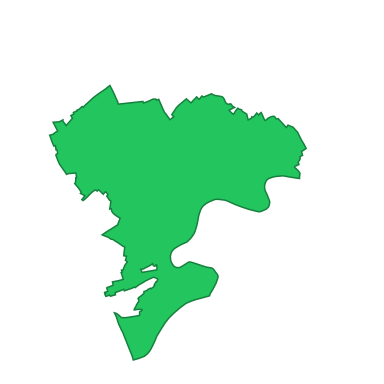 outline of Tien Lu, Thái Bình, Vietnam, rotated 336°
{"feature_id": "81297802B93646092032264", "entity_name": "Tien Lu", "entity_type": "district", "adm_level": 2, "iso_a3": "VNM", "parent_name": "Vietnam", "parent_adm1": "Thái Bình", "projection": "orthographic", "projection_center": [106.119, 20.668], "detail": "fine", "context": "isolated", "style": "filled", "palette": "green", "viewbox_px": 384, "rotation_deg": 336, "n_neighbors": 0, "source": "geoboundaries", "source_scale": "gbopen_adm2", "svg_char_len": 5962}
<svg xmlns="http://www.w3.org/2000/svg" viewBox="0 0 384 384"><g transform="rotate(336 192 192)"><path d="M122.5,70.5L120.2,70.5L120.1,71.2L116.0,71.1L115.8,72.6L112.4,72.9L112.7,76.1L104.0,80.1L103.5,77.2L103.0,75.4L103.0,74.4L103.4,73.6L99.4,73.9L93.5,71.8L93.8,77.4L94.1,81.5L92.0,81.9L89.3,82.5L88.2,82.7L85.1,82.2L84.5,90.3L84.5,93.9L86.1,94.1L85.6,95.8L84.9,98.2L85.8,98.5L85.3,101.0L84.7,102.4L83.3,102.3L82.9,103.0L82.6,103.0L82.3,108.8L82.3,112.9L84.2,122.4L84.6,124.9L85.5,124.8L87.0,125.1L93.6,127.4L93.2,129.2L92.5,131.8L91.7,131.6L90.9,133.3L89.5,135.7L89.3,136.0L88.8,136.4L88.3,136.5L90.0,142.6L90.7,146.9L90.7,147.2L89.5,147.9L92.6,151.7L89.8,153.4L88.3,154.1L88.9,155.5L90.0,155.3L92.8,154.5L95.2,153.6L97.0,152.8L99.2,152.0L101.2,151.4L102.7,151.0L104.0,150.9L104.5,150.9L104.9,151.1L105.7,152.6L107.4,151.9L108.2,153.4L110.0,158.0L112.2,156.9L113.2,156.7L113.6,157.8L113.9,158.9L114.1,160.4L114.0,160.5L112.6,160.9L112.5,161.0L112.5,161.5L112.6,162.3L113.0,164.1L113.2,165.4L113.3,165.8L113.7,166.4L114.2,167.2L113.0,169.3L109.9,174.1L110.9,174.2L111.5,174.4L111.0,176.0L110.9,177.1L111.1,178.4L111.4,179.4L112.0,180.9L112.8,182.3L113.8,184.0L115.7,186.7L110.6,191.8L97.8,193.6L92.5,194.6L94.8,197.1L97.0,199.2L97.7,200.1L98.4,201.6L98.8,202.1L100.8,203.5L101.2,204.6L103.8,208.3L107.0,213.7L108.2,214.9L105.1,220.0L103.7,222.5L106.0,224.0L104.8,225.7L103.4,227.3L104.5,229.7L102.0,230.9L100.7,231.7L99.5,232.9L97.6,234.9L97.5,235.1L95.8,234.7L95.6,236.8L94.5,236.8L93.7,243.8L90.6,243.4L88.2,243.0L82.8,241.7L82.1,245.1L75.7,244.8L75.1,244.9L74.6,248.6L73.5,248.5L71.3,248.1L71.2,248.2L71.7,249.6L70.8,249.8L70.9,252.4L71.9,252.5L74.9,252.6L75.0,254.0L80.3,254.8L80.8,252.7L86.9,253.1L90.0,253.1L89.9,253.7L90.0,254.8L95.2,255.2L96.1,255.4L97.6,255.5L100.9,255.5L101.4,256.3L102.7,255.9L106.0,255.2L111.4,254.7L112.5,254.4L116.8,254.2L122.3,254.2L124.7,256.7L125.4,257.7L123.1,259.8L122.7,259.4L122.5,259.5L119.5,261.6L119.5,262.0L119.7,262.4L119.4,262.6L117.6,263.2L115.3,263.7L115.0,263.0L111.9,263.1L110.6,263.7L107.6,263.4L106.9,265.0L106.2,265.3L103.4,266.1L101.2,266.6L100.4,266.8L100.2,267.0L99.3,267.5L99.5,268.1L99.5,268.6L99.3,269.5L98.9,270.1L97.3,271.3L95.6,272.3L95.0,272.8L94.5,273.6L94.0,273.8L91.7,275.4L91.6,275.6L91.3,276.3L94.4,277.1L96.0,277.7L98.5,279.1L97.7,279.9L97.5,280.1L95.7,280.1L95.3,280.3L94.1,283.1L94.0,283.3L93.5,283.3L90.7,282.7L87.9,281.9L82.1,280.4L79.1,279.3L77.1,278.3L76.3,277.8L75.9,277.0L75.5,275.7L74.6,273.8L73.3,271.9L72.0,270.8L72.1,275.3L71.3,282.6L71.4,289.3L71.6,290.6L71.6,292.3L71.0,307.0L70.6,317.6L70.0,321.6L75.8,322.4L81.8,322.7L85.8,321.6L87.5,320.7L89.7,319.4L93.2,316.7L97.8,312.7L101.2,309.4L109.2,303.9L114.7,300.3L119.7,297.7L125.8,295.4L134.1,292.9L140.8,291.4L143.3,291.3L147.3,291.4L152.2,291.9L165.7,294.0L167.3,292.3L171.2,289.6L176.9,285.1L180.6,281.1L181.5,279.7L181.7,278.6L181.6,277.6L180.2,271.3L179.9,270.5L179.4,269.8L178.6,269.1L174.4,266.3L171.5,263.7L164.6,257.4L161.8,255.1L161.0,254.8L160.0,254.7L154.2,255.6L150.9,256.0L149.5,255.8L148.3,255.3L146.9,254.5L145.9,253.4L145.4,252.5L144.9,250.9L144.5,247.9L144.8,245.6L145.9,242.3L147.2,240.3L148.4,239.0L149.9,237.9L151.7,237.0L153.4,236.5L158.2,235.8L162.3,235.6L166.5,235.7L168.1,235.3L171.7,233.9L174.1,232.7L177.4,230.5L179.4,228.5L182.9,224.4L185.3,221.1L188.4,216.5L191.4,213.1L192.8,211.6L195.0,210.1L196.0,209.5L197.0,209.1L200.2,208.3L203.4,208.0L207.3,208.0L209.5,208.1L210.4,208.3L211.8,208.8L213.6,209.7L216.4,211.4L218.7,212.8L220.6,214.6L222.2,216.3L226.0,220.6L230.7,225.3L236.2,230.4L237.5,231.5L241.9,234.9L242.2,235.2L244.6,237.0L245.6,237.5L246.9,237.8L252.5,237.9L253.6,237.6L255.7,236.8L256.2,236.5L257.9,234.5L258.9,232.9L259.2,231.4L259.3,230.0L259.5,224.8L259.4,221.2L259.6,219.2L260.1,217.5L261.0,215.6L261.7,214.6L263.3,212.9L264.1,212.2L265.7,211.3L267.0,211.0L268.3,211.0L271.2,211.2L273.3,211.5L274.9,211.9L281.0,214.0L282.0,214.5L283.6,215.5L288.3,218.7L295.7,223.4L296.4,221.9L298.2,218.9L298.2,218.4L298.0,217.0L297.5,215.2L295.8,211.2L296.1,210.6L296.5,210.4L297.3,210.3L297.9,210.5L298.4,210.5L299.2,210.1L299.5,210.1L300.3,210.6L300.5,210.6L300.7,210.4L301.1,209.8L301.1,208.1L301.2,207.9L301.7,207.5L303.2,206.7L304.0,206.0L304.3,205.6L305.2,203.5L307.9,203.5L308.5,199.6L314.0,198.7L313.8,194.2L313.1,189.2L312.8,180.6L310.7,174.0L306.9,169.9L304.4,171.5L300.5,159.9L299.7,159.8L298.8,159.5L298.5,159.1L298.2,156.9L297.7,156.2L297.2,155.9L295.3,155.5L294.0,155.4L291.5,155.5L289.0,156.4L287.9,156.4L287.6,155.3L287.6,149.4L287.5,147.5L285.9,147.9L284.2,148.8L283.3,146.2L280.7,147.6L278.6,148.4L277.9,148.5L277.2,147.6L276.1,148.8L272.6,149.0L273.2,145.6L273.7,143.1L271.0,139.1L270.7,138.5L270.7,137.3L270.6,136.8L269.0,135.8L268.8,135.5L268.0,134.1L267.1,134.4L264.9,135.6L263.7,136.4L261.6,137.9L260.4,135.9L259.5,133.7L259.1,132.4L263.0,132.1L265.3,132.1L264.6,131.0L263.8,129.9L263.7,128.7L263.6,127.9L263.1,127.2L262.4,126.9L261.8,126.8L261.1,127.0L259.8,125.5L259.2,124.4L259.1,123.6L259.2,120.5L258.9,118.6L258.4,117.4L257.4,116.5L256.8,116.1L252.7,113.5L250.6,111.5L249.7,110.1L248.7,110.2L242.2,110.0L241.4,110.1L240.0,108.3L236.9,110.0L236.4,110.2L236.0,110.1L235.9,110.0L235.0,107.0L231.0,108.6L227.4,110.2L225.8,107.1L224.8,104.6L216.0,107.1L213.7,107.9L211.8,108.8L205.0,113.1L205.9,115.8L202.5,116.7L201.2,116.9L199.9,110.0L199.3,108.4L199.2,103.1L199.3,93.8L197.0,93.8L196.9,92.7L196.4,92.2L195.7,91.9L193.8,91.2L189.9,91.4L186.5,91.2L183.9,90.9L183.9,89.9L184.0,89.3L160.5,81.8L160.8,79.2L160.7,75.4L160.8,73.4L160.7,67.3L160.3,61.3L156.9,62.1L155.0,62.7L146.1,64.3L140.5,65.6L129.0,69.5L127.2,70.3L126.4,69.2L122.5,70.5ZM126.8,241.5L126.7,243.2L126.8,243.6L127.4,244.4L127.6,244.6L128.0,244.6L128.6,244.5L129.6,244.0L129.8,244.1L130.0,244.2L129.8,245.2L128.9,247.6L128.3,248.7L127.5,248.6L113.8,245.2L113.7,241.7L116.0,242.5L116.5,242.5L117.2,242.5L118.5,242.3L120.4,242.3L123.6,242.1L126.8,241.5Z" fill="#22c55e" stroke="#15803d" stroke-width="1.5"/></g></svg>